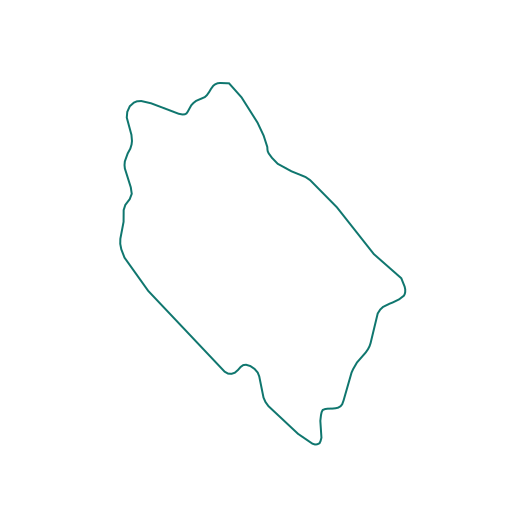 SVG path tracing the border of Prague, rotated 240°
{"feature_id": "CZE-1595", "entity_name": "Prague", "entity_type": "Region", "adm_level": 1, "iso_a3": "CZE", "parent_name": "Czechia", "parent_adm1": "", "projection": "natural_earth1", "projection_center": [14.449, 50.06], "detail": "fine", "context": "isolated", "style": "outline", "palette": "teal", "viewbox_px": 512, "rotation_deg": 240, "n_neighbors": 0, "source": "natural_earth", "source_scale": "10m", "svg_char_len": 1490}
<svg xmlns="http://www.w3.org/2000/svg" viewBox="0 0 512 512"><g transform="rotate(240 256 256)"><path d="M320.3,141.3L329.2,142.7L334.4,144.5L338.7,147.1L351.8,158.4L362.0,164.4L365.6,168.4L368.4,175.1L372.0,179.5L378.1,181.9L397.4,186.2L400.5,187.6L403.5,189.7L409.0,196.2L411.8,200.8L414.8,204.0L417.6,206.1L423.2,208.7L440.5,213.3L445.2,216.6L448.8,221.6L449.9,226.9L449.5,230.2L447.6,234.1L440.7,241.5L417.9,260.1L415.3,263.1L414.3,265.2L414.2,267.0L415.1,269.0L418.9,275.3L419.8,278.3L420.3,281.7L419.2,291.1L419.8,293.8L421.5,297.5L423.3,300.7L424.8,304.1L425.1,306.4L424.8,309.1L423.8,311.4L419.0,319.0L400.6,322.8L370.7,324.0L356.4,322.8L344.8,320.3L342.4,319.1L340.7,318.5L338.5,318.3L333.0,318.9L325.0,320.9L311.7,329.0L299.6,338.4L294.6,340.8L257.8,350.4L198.7,359.0L164.1,370.7L155.1,369.4L152.4,368.5L150.2,367.2L148.8,365.9L147.7,364.3L146.9,358.2L147.4,351.1L147.9,347.9L148.4,340.6L147.5,336.8L145.4,332.7L123.2,311.6L121.1,309.2L119.3,306.4L117.6,302.8L113.3,290.2L109.5,283.6L107.3,280.5L87.1,259.6L84.5,256.5L83.6,254.1L83.6,251.2L84.4,248.7L85.6,246.0L87.9,241.8L88.9,239.3L89.3,236.8L88.0,234.8L85.8,232.8L81.1,229.3L65.9,221.8L63.4,219.3L62.1,217.4L62.2,215.7L62.5,214.3L63.4,212.7L65.3,211.0L80.9,203.5L119.8,191.7L124.8,191.2L129.6,191.7L150.1,198.6L154.2,199.2L158.9,198.3L163.5,196.1L166.8,193.0L167.9,190.4L167.6,187.2L166.3,183.4L165.5,179.3L166.2,175.9L168.1,173.0L171.5,171.0L279.7,145.2L320.3,141.3Z" fill="none" stroke="#0f766e" stroke-width="2"/></g></svg>